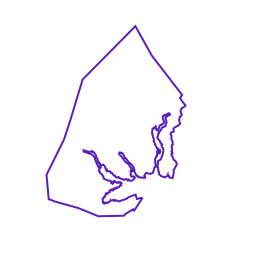 Narvik nor, Nordland, Norway (Albers equal-area conic projection), rotated 203°
{"feature_id": "86288312B24861070458091", "entity_name": "Narvik nor", "entity_type": "district", "adm_level": 2, "iso_a3": "NOR", "parent_name": "Norway", "parent_adm1": "Nordland", "projection": "albers", "projection_center": [17.424, 68.289], "detail": "fine", "context": "isolated", "style": "outline", "palette": "violet", "viewbox_px": 256, "rotation_deg": 203, "n_neighbors": 0, "source": "geoboundaries", "source_scale": "gbopen_adm2", "svg_char_len": 5597}
<svg xmlns="http://www.w3.org/2000/svg" viewBox="0 0 256 256"><g transform="rotate(203 128 128)"><path d="M173.1,31.4L172.2,31.7L166.1,31.8L142.6,34.9L120.7,35.2L97.6,45.6L96.5,48.2L91.8,54.9L91.6,54.3L90.0,54.4L87.5,68.8L88.3,68.9L92.1,66.1L95.0,69.6L99.8,65.3L102.2,61.7L106.4,58.1L107.1,57.1L109.1,57.1L112.0,55.7L112.1,56.0L111.9,56.3L112.0,56.6L112.4,56.4L112.3,56.1L112.3,55.8L113.7,55.9L115.6,54.1L115.8,54.3L115.8,53.8L117.2,51.5L117.9,50.9L118.2,51.1L119.2,50.2L120.1,50.5L120.3,50.3L119.9,50.4L120.0,50.0L120.4,50.2L120.1,49.8L120.4,49.0L121.5,49.5L122.0,49.8L123.7,52.9L123.4,53.2L123.3,54.6L122.9,54.6L122.6,55.6L122.4,55.8L122.4,56.6L122.6,56.7L122.8,58.6L122.0,59.2L121.6,59.0L121.5,59.3L121.8,59.5L121.4,59.6L121.6,59.9L121.4,60.4L121.0,60.3L120.6,61.0L120.2,62.1L119.9,62.1L120.2,62.8L120.2,63.1L119.5,63.7L120.3,63.6L120.1,64.5L120.1,64.1L119.7,64.1L119.2,64.6L119.3,64.8L119.1,65.1L118.2,64.9L118.4,65.2L117.7,65.7L117.3,65.5L117.2,65.6L117.3,65.8L116.5,66.6L117.6,66.3L116.7,67.5L115.7,67.2L115.0,69.1L113.6,69.7L113.5,70.1L113.2,70.2L112.9,70.7L113.0,71.6L112.5,72.0L112.6,72.5L112.3,72.6L112.6,72.8L112.5,73.3L112.6,73.6L112.3,74.6L112.9,75.1L114.1,74.6L114.4,75.0L115.0,74.8L115.7,73.5L116.4,73.4L116.5,73.9L118.4,73.1L118.8,73.0L119.2,73.6L119.8,73.3L120.0,73.7L120.3,73.6L120.8,72.8L120.9,72.1L120.1,71.1L120.5,70.5L121.2,70.9L121.8,70.8L122.3,71.1L122.2,71.9L123.6,72.6L125.6,71.8L130.3,71.9L130.9,72.2L131.0,72.6L132.0,74.1L132.7,74.1L134.2,75.4L135.9,75.5L137.3,76.7L137.0,76.7L137.4,76.9L137.3,77.1L138.2,78.2L138.4,79.0L137.7,80.7L137.7,81.1L137.9,81.5L138.1,81.6L139.0,80.2L139.8,80.4L139.9,80.7L141.2,81.4L141.7,82.1L145.2,85.3L147.1,87.7L148.2,88.4L150.2,89.4L152.0,89.5L159.6,89.0L159.9,89.2L160.0,90.0L159.8,90.0L160.0,90.2L154.3,90.8L153.4,91.7L152.1,91.9L152.4,92.3L151.8,92.8L150.9,92.6L147.8,91.2L146.3,89.6L146.0,89.0L143.6,87.2L143.0,85.9L142.7,85.9L141.5,84.6L141.0,84.9L139.8,84.1L139.5,83.7L139.6,83.1L138.8,82.3L138.2,82.6L137.3,84.1L136.5,84.6L134.3,83.6L133.3,82.8L132.7,81.6L131.6,81.1L131.2,80.5L131.0,81.1L130.4,80.2L129.2,80.3L128.5,81.0L127.7,81.1L126.8,80.7L126.5,80.1L125.2,80.3L122.6,78.8L121.6,79.0L120.0,78.0L117.9,78.4L117.6,79.2L115.6,78.5L110.9,78.9L110.5,79.8L109.6,80.4L108.8,80.1L108.3,80.4L107.7,79.9L107.6,80.3L107.7,80.0L108.2,80.3L107.2,80.9L106.4,80.2L105.3,80.3L103.9,81.1L103.1,82.1L102.5,84.0L102.2,84.7L102.8,85.5L103.8,85.6L105.5,84.8L105.9,85.3L105.5,84.8L105.9,84.7L107.0,85.7L106.8,85.8L107.0,86.0L106.8,86.3L107.0,86.0L107.3,86.2L108.0,88.0L108.0,88.8L107.6,89.8L106.2,90.4L106.3,91.3L107.1,92.0L108.0,91.9L108.5,91.3L108.4,91.9L108.7,92.0L108.9,91.4L109.1,91.5L109.1,92.2L109.5,92.7L111.7,93.5L112.8,94.7L117.2,95.8L123.1,99.3L125.2,100.0L126.4,101.1L125.6,101.8L126.0,102.3L125.9,102.4L124.3,102.4L124.1,102.7L123.0,102.6L119.3,99.6L119.0,99.1L118.1,99.2L113.5,96.6L113.5,96.2L112.6,96.5L109.7,95.4L107.2,93.8L106.9,93.4L107.0,92.9L105.8,92.2L105.8,91.6L105.3,90.7L103.4,89.1L102.7,88.1L99.9,87.5L99.9,87.3L100.1,87.1L99.8,87.3L99.3,87.0L100.0,86.9L99.6,86.7L93.0,88.6L92.8,88.9L93.4,90.0L94.3,90.3L94.3,91.4L93.8,93.8L89.6,94.5L87.6,96.3L87.6,96.6L87.5,97.5L88.0,98.8L87.8,99.4L88.2,101.5L87.9,102.1L88.0,102.5L87.5,103.5L88.7,105.3L89.0,106.5L89.7,107.2L90.1,108.4L90.9,109.6L91.0,110.1L90.9,111.1L90.6,112.1L90.9,113.2L90.3,113.8L91.6,116.8L90.3,116.7L90.6,117.2L90.4,117.3L90.7,117.5L89.0,117.4L89.1,118.1L89.0,118.5L89.2,118.9L89.1,119.0L90.1,119.8L90.5,119.8L90.5,119.4L91.4,119.3L91.5,119.4L90.9,120.1L91.6,120.0L91.8,120.2L91.5,120.3L92.8,121.0L93.2,120.9L93.2,120.5L93.6,120.7L95.0,122.2L96.8,123.5L98.3,125.4L99.2,125.9L99.4,126.2L99.4,127.0L99.5,127.4L102.8,131.1L103.2,132.3L104.0,132.8L104.4,134.1L104.7,136.2L105.2,137.0L104.2,138.1L103.2,140.4L102.3,139.1L102.7,138.4L101.9,138.4L101.2,137.4L99.7,137.2L99.8,138.7L99.4,138.9L99.4,139.3L99.6,140.2L99.7,142.4L99.2,143.8L98.8,144.1L98.5,143.9L97.4,145.6L97.3,146.1L97.3,147.6L97.1,147.8L99.1,149.6L100.3,151.5L100.4,152.4L100.1,153.5L98.5,154.8L96.6,157.3L95.7,157.6L94.8,157.2L94.6,156.7L94.8,156.1L96.1,155.0L96.7,153.7L97.6,153.4L97.8,153.1L97.4,152.9L97.4,151.7L96.8,150.9L95.3,149.2L95.1,148.5L94.6,148.2L94.6,147.0L94.9,145.8L94.7,145.1L94.2,144.8L94.4,144.1L96.3,142.3L97.0,141.1L96.8,140.5L97.0,140.3L96.9,139.0L97.5,137.2L97.6,136.5L97.5,135.8L97.7,135.5L97.5,135.3L97.7,134.2L97.6,133.8L97.7,133.5L97.3,132.0L97.4,130.9L97.0,130.3L93.6,128.4L91.9,126.7L91.4,126.8L90.1,126.1L90.1,125.5L90.4,125.3L90.3,124.9L89.3,123.8L87.9,123.1L86.5,121.0L85.6,116.4L85.8,114.7L85.5,112.3L85.9,111.4L87.4,109.6L87.4,109.1L87.2,108.9L87.0,107.9L86.3,106.5L86.4,105.9L86.2,105.7L86.1,103.5L84.9,103.3L84.5,102.8L83.6,100.5L82.6,100.0L82.4,99.3L81.7,98.8L81.4,97.8L81.2,97.5L78.9,96.7L74.8,96.9L74.7,97.1L74.9,97.3L74.9,97.5L73.9,98.0L72.7,99.7L73.1,100.3L73.1,100.5L72.8,100.0L72.0,100.2L70.7,98.7L68.2,99.0L67.3,99.5L68.6,105.2L69.5,107.2L68.8,113.6L70.5,115.5L71.8,116.3L73.3,116.5L75.5,118.7L77.5,120.1L77.5,120.4L77.1,121.7L77.8,121.8L77.7,122.8L78.9,123.5L78.6,124.7L78.8,124.9L78.9,125.7L80.4,127.3L80.8,129.7L80.3,130.1L80.8,130.9L81.4,132.6L83.8,134.8L84.9,137.9L86.4,138.8L86.6,139.5L86.6,140.2L86.1,141.2L84.5,142.4L84.6,143.1L85.8,144.7L85.9,145.1L85.8,145.5L85.1,146.8L82.8,149.9L81.6,152.4L83.3,154.1L84.4,156.3L84.4,158.1L84.6,158.6L84.6,159.0L83.8,159.8L83.6,160.9L83.9,161.6L84.7,162.1L86.0,163.6L86.3,165.5L86.4,166.2L86.2,167.3L84.6,169.3L83.9,171.3L87.9,173.3L91.8,175.9L91.3,177.2L91.5,178.8L91.1,179.6L134.3,203.9L161.0,224.6L188.7,155.0L184.1,112.2L182.4,92.5L184.7,53.0L173.1,31.4Z" fill="none" stroke="#5b21b6" stroke-width="2"/></g></svg>